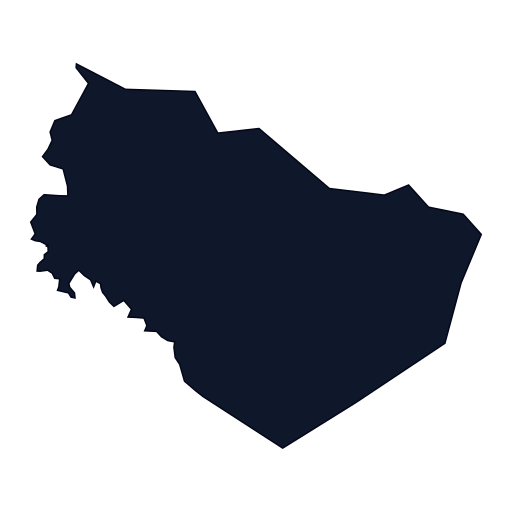 Prodromos, Limassol, Cyprus (Natural Earth projection)
{"feature_id": "46923920B98027274142327", "entity_name": "Prodromos", "entity_type": "district", "adm_level": 2, "iso_a3": "CYP", "parent_name": "Cyprus", "parent_adm1": "Limassol", "projection": "natural_earth1", "projection_center": [32.829, 34.941], "detail": "fine", "context": "isolated", "style": "filled", "palette": "ink", "viewbox_px": 512, "rotation_deg": 0, "n_neighbors": 0, "source": "geoboundaries", "source_scale": "gbopen_adm2", "svg_char_len": 1225}
<svg xmlns="http://www.w3.org/2000/svg" viewBox="0 0 512 512"><path d="M408.6,185.0L384.3,195.1L329.4,188.5L259.0,128.5L223.1,132.5L217.8,133.1L214.8,127.6L195.0,91.5L125.4,89.3L76.4,63.9L76.1,67.7L88.5,83.4L71.5,114.8L64.3,117.3L54.9,120.6L50.1,132.0L52.2,140.3L47.9,149.3L42.5,156.6L50.1,164.9L63.1,168.9L67.5,186.1L67.9,195.9L66.2,195.9L58.8,195.7L44.1,194.7L39.0,199.3L36.7,207.1L36.9,214.4L30.7,222.1L35.2,233.9L31.4,239.1L35.2,240.7L40.4,241.5L47.7,245.3L46.4,246.0L48.0,246.9L48.2,251.7L44.3,254.7L44.3,258.7L39.8,262.7L37.7,265.2L37.1,271.1L40.3,271.2L47.6,270.2L52.2,273.2L54.7,278.3L59.7,278.8L58.8,287.0L57.5,290.3L64.5,292.0L68.5,292.9L71.0,297.1L75.0,298.0L74.5,292.9L69.8,287.4L68.8,283.5L74.7,273.9L78.8,270.2L84.3,275.6L90.6,279.8L93.6,286.9L95.8,281.1L100.5,283.7L101.0,287.7L102.6,292.4L105.8,296.3L109.3,301.9L113.9,306.4L123.8,300.4L131.5,309.3L128.0,317.1L135.4,317.4L144.0,318.1L146.9,325.7L144.7,330.8L156.6,331.4L161.5,336.8L167.8,340.6L174.7,341.9L173.9,347.3L175.2,357.6L179.7,364.4L184.5,381.2L195.7,390.8L203.1,396.6L282.2,447.8L282.7,448.1L355.6,402.7L442.9,344.6L444.9,343.3L461.1,282.9L481.3,234.4L463.2,214.2L428.5,207.1L408.6,185.0Z" fill="#0f172a" stroke="#020617" stroke-width="1.5"/></svg>